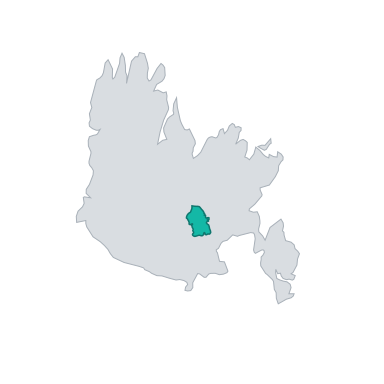 Ireland, with Longford highlighted, rotated 120°
{"feature_id": "IRL-731", "entity_name": "Longford", "entity_type": "County", "adm_level": 1, "iso_a3": "IRL", "parent_name": "Ireland", "parent_adm1": "", "projection": "orthographic", "projection_center": [-7.669, 53.73], "detail": "fine", "context": "in_parent", "style": "filled", "palette": "teal", "viewbox_px": 384, "rotation_deg": 120, "n_neighbors": 0, "source": "natural_earth", "source_scale": "10m", "svg_char_len": 5805}
<svg xmlns="http://www.w3.org/2000/svg" viewBox="0 0 384 384"><g transform="rotate(120 192 192)"><path d="M235.2,72.0L228.7,76.7L227.7,78.5L225.9,85.6L225.7,87.6L221.6,95.5L219.2,97.1L215.8,98.4L213.8,99.6L211.3,99.0L208.1,99.1L206.6,100.5L206.6,101.6L207.6,102.8L213.4,106.4L213.1,107.9L211.4,109.7L200.9,113.9L197.8,116.4L196.7,118.1L197.8,120.9L206.1,129.4L207.6,130.4L208.8,135.3L216.2,137.4L219.3,140.5L221.9,141.2L227.6,140.9L229.9,142.1L231.2,141.2L231.9,139.6L238.3,133.5L236.3,129.0L242.6,121.3L244.4,121.4L247.4,123.7L249.9,126.9L250.8,131.3L253.2,135.2L254.7,136.5L258.8,137.2L259.8,138.8L259.1,144.4L259.8,146.3L270.2,146.0L274.4,143.5L278.0,143.8L279.9,146.3L280.7,148.9L277.6,150.0L274.3,149.5L272.8,151.3L272.7,154.6L273.9,158.8L276.2,161.8L278.0,168.6L279.7,176.1L282.0,180.6L282.6,186.3L282.3,189.1L282.9,194.1L281.9,195.9L282.8,200.5L287.0,215.6L288.0,227.4L286.2,231.9L283.7,236.2L282.1,241.2L280.9,246.6L280.3,255.3L274.9,265.6L272.5,268.1L269.8,269.7L276.0,276.7L271.0,280.0L265.6,281.1L259.6,279.4L255.8,279.7L251.1,283.4L250.0,282.8L247.7,276.9L246.1,283.0L242.6,284.9L236.7,284.6L226.7,286.2L222.9,288.0L221.3,290.6L220.1,293.8L218.6,295.6L216.8,296.6L209.1,298.8L207.6,299.7L204.0,304.7L199.3,307.6L195.4,308.5L192.0,305.5L190.6,303.8L189.0,302.9L183.7,302.9L185.3,303.9L186.4,305.9L186.9,309.9L186.3,313.7L183.6,315.7L180.5,316.0L175.5,320.0L168.9,321.0L165.3,324.6L143.6,330.4L142.3,330.5L139.4,328.8L136.2,328.0L132.9,328.4L123.7,331.7L119.4,330.8L125.2,322.3L132.8,318.2L133.7,317.0L131.2,316.3L116.9,319.0L111.8,321.4L106.8,322.0L109.3,318.1L115.8,312.9L121.4,309.5L123.9,306.4L130.7,303.0L108.9,309.8L103.2,308.7L102.0,306.5L97.5,307.3L96.0,302.3L102.8,294.9L106.7,291.7L111.3,290.1L115.7,287.7L117.4,284.7L115.4,283.6L102.4,284.0L96.2,283.1L96.6,280.6L97.9,277.9L104.5,273.5L108.0,272.9L111.1,273.4L116.5,276.4L123.8,275.7L120.8,272.6L120.5,266.5L118.2,264.4L121.3,261.7L124.7,260.1L130.5,254.5L132.6,253.6L143.8,252.5L155.9,249.7L167.9,245.7L161.8,243.2L159.0,240.1L154.1,246.3L150.7,248.6L141.1,249.7L138.1,248.9L133.9,246.8L132.5,247.5L131.2,249.0L124.8,251.9L118.1,252.5L126.0,247.0L136.1,237.7L138.4,234.7L141.6,229.6L140.7,227.2L138.7,225.8L146.0,215.1L148.6,213.2L153.1,213.0L156.4,211.4L157.9,211.4L159.2,210.8L162.2,207.6L157.7,205.4L153.1,204.3L138.9,205.1L137.0,204.8L135.3,203.7L134.1,202.3L133.4,198.6L132.4,197.7L129.2,197.6L126.0,198.6L123.8,198.5L121.6,196.8L125.2,193.1L120.8,192.1L116.2,192.7L112.5,191.4L112.5,189.1L114.3,186.8L112.1,184.5L111.8,181.6L114.2,180.3L116.7,180.9L122.1,178.9L128.8,178.1L123.1,175.9L120.9,174.0L120.9,171.3L121.4,169.0L128.2,165.3L135.3,163.8L134.9,161.2L135.4,158.4L128.3,157.4L121.2,159.2L122.1,153.9L123.9,149.1L124.4,146.0L124.1,142.6L120.8,143.9L120.6,139.1L119.2,135.8L114.3,137.9L114.6,133.6L116.1,130.6L118.7,129.3L121.2,130.0L125.9,130.1L130.4,127.9L137.0,127.5L147.3,128.5L154.3,135.1L156.2,134.0L159.2,130.0L160.5,129.6L171.2,131.5L177.9,133.9L179.7,133.2L178.8,128.7L176.5,125.6L179.5,121.5L183.0,118.8L185.3,117.4L190.8,115.8L193.1,114.2L194.7,108.9L197.2,104.6L183.7,106.7L171.0,101.4L173.1,97.7L175.8,95.7L180.5,94.2L180.9,92.3L183.3,90.7L187.3,86.6L185.9,81.1L186.7,77.1L189.5,74.5L190.4,70.8L191.7,68.1L197.3,67.1L202.8,64.6L211.1,64.3L213.3,65.3L212.8,60.8L216.7,60.2L218.2,61.1L218.9,64.3L220.7,66.4L221.3,69.9L220.1,72.7L218.1,74.8L219.9,76.9L217.1,80.8L220.1,79.2L224.5,75.3L224.3,72.2L223.5,68.3L222.3,64.8L222.8,60.9L225.3,58.4L231.7,57.2L229.1,52.7L231.4,52.3L234.0,53.2L237.7,56.7L245.7,61.4L241.9,65.8L237.1,68.8L235.2,72.0ZM119.8,155.6L119.6,157.6L116.5,154.9L115.1,152.1L106.5,150.5L110.2,147.8L111.9,148.7L118.0,149.0L119.7,150.2L119.8,155.6Z" fill="#d9dde1" stroke="#a8b0b8" stroke-width="1"/><path d="M228.6,166.8L228.8,167.1L229.1,167.5L229.2,167.9L229.3,168.1L229.3,168.3L229.2,168.4L229.2,168.6L229.2,169.2L229.2,169.5L229.0,169.9L228.8,170.1L228.6,170.3L228.3,170.4L227.7,170.4L227.1,170.2L226.8,170.2L226.5,170.3L226.3,170.3L226.1,170.5L225.8,170.7L225.5,171.2L225.2,171.9L225.0,172.0L224.7,172.1L223.9,172.2L223.7,172.3L223.4,172.6L223.0,173.2L222.7,173.9L222.6,174.0L221.4,175.1L221.0,175.8L220.9,175.9L220.6,175.8L220.2,175.5L219.9,175.4L219.7,175.4L219.5,175.5L219.4,175.8L219.5,176.0L220.9,177.0L221.1,177.1L221.2,177.3L221.3,177.6L221.3,178.2L221.2,178.5L220.9,178.7L220.1,179.0L219.7,179.4L219.4,179.7L219.3,180.0L219.0,180.3L218.7,180.6L218.5,180.9L218.2,181.7L218.0,181.9L217.5,182.7L217.4,182.9L217.4,183.2L217.4,183.7L217.0,184.0L216.3,184.3L214.6,184.6L212.7,184.4L211.1,183.8L211.0,183.7L210.8,183.5L210.6,183.4L210.3,183.3L209.8,183.3L206.5,183.8L205.8,184.1L204.0,185.1L202.9,182.3L201.5,179.7L201.3,179.1L201.1,178.6L201.1,178.3L201.2,177.8L201.4,177.1L202.1,175.4L202.3,174.9L202.6,173.7L203.0,172.8L203.8,171.4L204.7,170.8L204.7,170.5L204.6,170.2L204.7,169.9L204.9,169.7L205.1,169.5L205.5,169.4L205.8,169.5L205.7,168.8L205.6,168.5L207.0,167.7L207.3,167.5L207.4,166.7L207.3,166.1L207.1,165.8L206.8,166.0L206.1,165.3L205.9,164.4L207.3,163.6L207.8,163.8L208.0,164.0L208.2,164.4L208.3,164.6L208.5,164.7L208.7,164.1L208.7,163.5L208.8,163.3L208.9,163.2L209.2,163.3L209.4,163.5L209.6,164.0L209.8,164.1L210.1,164.2L210.6,164.2L211.1,164.2L211.4,164.2L211.6,164.0L211.8,163.6L211.9,163.3L212.1,162.7L212.1,162.4L212.2,161.8L212.2,161.5L212.2,161.2L212.6,160.7L213.3,159.9L215.0,158.4L216.0,157.1L216.2,156.8L217.1,156.0L217.9,155.5L219.6,155.7L220.4,157.1L220.5,157.3L220.8,157.6L221.4,157.8L221.7,158.0L222.0,158.5L222.1,158.9L222.2,159.2L222.1,159.4L221.9,159.5L221.7,159.6L221.4,159.9L221.2,160.1L221.1,160.6L221.0,160.8L221.0,161.0L221.5,161.2L221.8,161.2L222.7,160.9L223.0,160.8L223.5,160.8L224.4,161.0L224.7,161.3L225.0,161.6L225.4,162.5L225.5,163.0L225.6,163.4L225.6,163.7L225.7,163.9L226.3,164.7L228.6,166.8Z" fill="#14b8a6" stroke="#0f766e" stroke-width="1.5"/></g></svg>